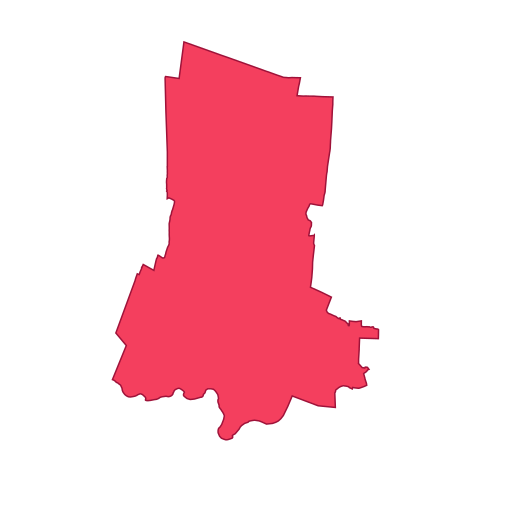 outline of Curtisoara, Olt, Romania, rotated 292°
{"feature_id": "2599482B14580718178390", "entity_name": "Curtisoara", "entity_type": "district", "adm_level": 2, "iso_a3": "ROU", "parent_name": "Romania", "parent_adm1": "Olt", "projection": "orthographic", "projection_center": [24.348, 44.485], "detail": "fine", "context": "isolated", "style": "filled", "palette": "rose", "viewbox_px": 512, "rotation_deg": 292, "n_neighbors": 0, "source": "geoboundaries", "source_scale": "gbopen_adm2", "svg_char_len": 6057}
<svg xmlns="http://www.w3.org/2000/svg" viewBox="0 0 512 512"><g transform="rotate(292 256 256)"><path d="M168.8,395.1L169.7,395.0L170.4,395.0L170.7,396.8L171.8,400.7L172.4,401.6L173.7,403.1L175.6,405.2L177.6,407.1L179.3,406.1L183.0,403.0L183.7,402.6L187.2,399.9L188.2,400.3L189.0,401.0L190.1,401.6L191.2,402.0L192.1,402.2L192.7,402.6L193.2,403.2L193.8,402.3L194.5,401.0L194.4,400.3L193.9,398.9L192.9,398.8L192.3,396.2L194.8,391.2L195.2,391.2L198.7,389.8L208.2,386.6L208.6,386.4L218.7,382.8L225.2,400.4L228.7,399.1L233.6,397.2L233.8,396.9L233.8,396.0L233.7,395.6L233.4,395.1L233.5,394.5L233.2,393.8L233.2,393.1L233.1,392.5L234.1,391.5L234.2,391.3L234.2,391.1L234.0,390.7L233.8,390.3L233.6,390.0L233.1,389.5L232.9,389.1L232.8,388.6L232.8,387.6L232.3,386.4L232.0,385.2L231.6,384.5L230.8,382.6L230.3,380.7L230.3,380.4L231.5,379.5L232.0,379.3L235.3,378.0L234.3,376.3L233.6,375.1L232.6,373.4L231.6,370.1L231.3,368.9L231.1,368.2L230.8,366.9L229.2,367.5L227.7,368.1L226.7,368.4L226.3,368.4L226.2,368.2L226.1,367.9L226.1,367.7L226.3,367.5L227.0,367.2L227.7,366.4L227.7,365.9L228.1,365.0L228.6,364.0L229.0,362.9L229.0,360.5L229.1,359.7L229.0,358.6L229.0,357.7L229.5,357.3L229.8,357.4L230.0,357.3L230.1,357.1L229.8,356.8L229.4,356.6L229.2,356.3L229.0,356.0L228.9,355.8L229.1,355.5L229.2,354.5L229.6,353.5L229.9,352.5L229.8,352.2L229.8,350.4L230.0,346.8L229.9,344.8L230.4,343.5L230.5,343.2L230.9,342.7L232.1,341.5L246.1,341.3L246.9,330.6L247.4,318.2L253.1,316.8L256.9,315.8L265.1,313.2L271.5,310.8L278.1,308.9L287.6,306.3L288.4,305.4L289.5,304.6L296.5,302.5L297.2,302.2L296.9,302.1L296.8,301.9L295.0,298.8L294.6,297.6L294.6,297.4L294.8,297.2L298.6,296.5L300.0,296.3L300.5,296.1L302.3,295.9L304.0,296.1L305.1,295.9L305.5,295.8L306.0,295.6L306.3,295.4L306.7,295.2L307.2,295.2L307.7,295.0L308.1,294.5L308.8,293.4L309.0,292.8L309.0,292.3L309.0,291.5L309.0,291.0L309.6,290.2L310.1,289.7L310.5,289.1L311.2,288.5L312.2,287.9L313.5,286.6L314.0,286.4L315.6,286.0L318.7,286.1L319.4,286.1L322.0,286.5L322.6,286.5L323.4,286.4L324.1,286.5L324.6,286.7L324.8,286.9L324.9,287.2L325.3,289.0L326.3,294.1L327.4,298.3L327.5,298.6L328.5,298.6L332.9,297.7L336.8,296.7L337.4,296.5L340.4,296.2L341.4,296.0L343.2,295.4L357.2,291.1L359.6,290.5L360.5,290.4L365.9,288.7L379.9,285.4L380.5,285.3L381.7,285.0L383.9,284.4L386.9,283.3L388.7,282.7L391.2,281.8L402.0,278.4L408.4,276.2L419.1,272.4L425.4,270.4L428.1,269.3L432.3,267.8L428.8,258.4L426.6,252.0L426.0,250.1L424.3,245.8L422.9,242.0L422.0,240.0L421.5,238.5L420.0,234.0L429.2,232.0L432.5,231.5L437.9,230.4L436.4,226.5L434.9,222.4L434.1,220.8L433.4,219.3L432.8,217.1L432.0,214.8L431.9,213.8L431.9,212.3L431.6,207.6L431.4,202.1L431.3,198.9L431.1,196.0L429.5,155.8L429.1,148.1L427.5,109.0L391.8,118.2L390.9,114.6L389.2,107.5L388.5,104.9L387.4,104.9L386.1,105.4L356.1,118.4L319.1,134.9L305.7,140.3L305.6,140.2L301.6,142.0L300.9,142.2L299.4,142.9L297.1,143.6L296.0,144.2L295.6,144.3L294.4,144.2L291.9,145.0L290.8,145.4L288.8,146.4L286.8,147.2L285.9,147.6L285.0,147.8L283.4,149.0L282.7,148.8L282.0,149.7L281.6,150.0L281.1,150.2L279.2,151.0L275.8,152.2L276.0,152.4L277.0,153.1L277.2,153.3L277.2,153.6L277.3,154.3L277.2,155.0L277.2,155.6L277.2,156.5L277.0,157.7L276.9,159.0L276.4,159.8L276.1,160.0L275.2,160.3L273.4,160.7L268.4,161.2L267.4,161.3L266.7,161.2L265.7,161.3L264.0,161.5L263.3,161.8L261.8,161.8L261.4,161.8L261.2,161.7L260.1,161.8L259.3,162.0L258.0,162.5L256.3,162.9L254.9,163.1L253.4,163.4L248.7,165.4L247.5,165.8L245.5,166.7L243.4,167.5L241.4,168.4L240.8,168.7L239.7,169.2L238.4,169.7L236.4,170.2L235.2,170.8L234.7,170.9L234.3,171.0L232.9,171.0L231.2,170.8L230.7,170.8L227.6,171.0L226.0,171.1L223.8,171.5L222.8,171.5L220.6,171.8L220.2,171.8L219.3,170.6L219.2,170.3L219.2,169.9L219.4,168.7L219.6,168.1L220.0,166.0L220.1,164.8L220.0,164.7L217.5,165.1L217.3,165.0L216.5,164.8L213.9,165.1L206.0,166.4L204.4,166.7L205.2,160.1L205.5,158.0L205.9,154.6L202.9,154.5L202.9,154.3L202.5,154.3L202.5,154.5L200.7,154.6L198.4,154.5L195.0,154.6L195.0,152.6L190.5,152.8L189.3,152.9L187.9,153.1L132.1,154.9L124.4,169.3L87.6,169.2L87.6,170.8L87.3,172.0L87.0,172.9L86.5,173.8L86.5,174.3L86.6,174.8L86.4,175.8L86.0,176.9L85.6,178.7L84.8,179.6L83.2,181.3L81.2,182.5L80.0,183.7L79.1,185.1L78.4,186.3L77.9,188.0L77.7,189.3L77.7,190.6L78.2,192.3L79.5,194.5L80.8,196.4L82.2,197.8L83.0,198.2L84.1,199.4L84.6,199.9L85.0,200.7L85.0,202.6L84.3,204.5L83.6,206.3L83.0,206.9L82.2,207.3L81.1,207.4L80.9,207.7L80.9,208.4L81.1,209.2L81.5,210.2L82.5,212.1L84.8,215.6L85.7,217.2L86.8,218.5L88.2,219.6L89.0,220.0L90.2,221.5L92.2,225.0L92.4,225.8L92.7,227.4L93.5,228.7L94.5,229.7L95.5,230.3L97.1,230.7L97.5,230.5L98.5,230.5L99.4,230.7L100.4,230.6L101.9,231.2L103.6,232.8L104.2,233.5L104.6,234.6L104.6,235.4L104.4,236.5L104.0,238.3L103.6,239.5L103.3,240.1L102.9,240.6L101.8,240.5L100.7,240.6L99.8,240.9L99.1,241.7L98.5,243.6L98.0,245.5L98.3,248.7L98.7,249.5L100.4,252.6L104.3,257.6L104.7,258.4L105.3,258.9L105.6,259.1L106.2,259.3L106.7,259.3L108.0,259.1L109.9,259.9L110.4,259.9L112.8,259.7L114.8,261.0L116.0,264.0L116.5,266.5L115.9,268.3L114.8,270.2L113.2,272.5L111.1,273.9L109.6,274.7L108.3,274.6L106.4,275.4L103.9,277.6L102.2,278.4L101.3,279.6L100.5,281.1L99.8,281.9L98.9,283.4L97.5,285.1L96.0,286.5L92.5,287.2L86.9,287.3L83.9,286.7L82.8,286.1L81.5,285.9L79.7,286.3L77.9,287.1L75.3,289.7L74.6,291.1L74.1,292.2L74.1,295.1L74.3,297.0L75.2,298.7L77.1,301.0L78.3,302.2L79.0,302.3L79.6,302.2L80.0,301.7L80.6,301.4L81.6,301.8L83.4,303.3L89.2,305.2L91.3,305.4L93.3,306.1L96.6,308.2L98.9,310.9L100.3,311.5L101.7,313.6L103.2,316.1L104.3,320.7L104.3,323.8L104.1,328.7L107.0,334.1L109.3,336.7L111.4,338.5L114.5,340.0L118.3,341.1L128.4,341.8L139.8,342.0L140.4,369.7L145.3,386.3L157.8,380.7L158.5,380.4L159.7,380.5L160.4,380.4L161.2,380.2L161.8,380.2L162.3,380.4L163.4,381.2L164.9,381.9L165.5,382.4L166.0,382.8L166.9,383.6L167.2,384.0L167.7,384.6L168.1,385.1L168.5,385.7L168.7,386.4L168.7,386.8L168.8,387.3L169.1,388.0L169.5,390.8L169.2,391.4L169.0,391.6L169.0,391.8L168.9,392.2L168.9,393.9L168.8,394.5L168.8,394.8L168.8,395.1Z" fill="#f43f5e" stroke="#9f1239" stroke-width="1.5"/></g></svg>